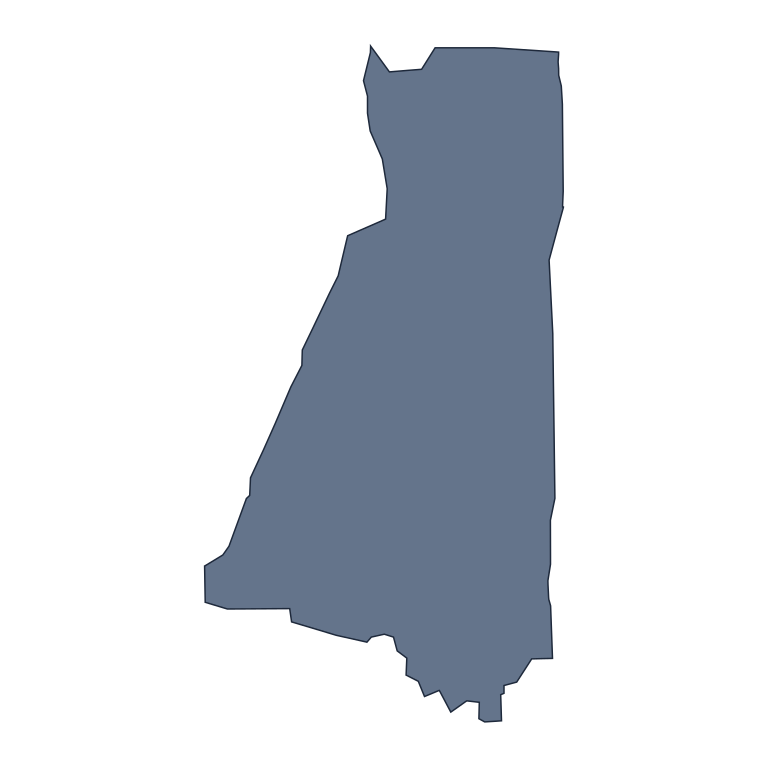 Baherden, Ahal, Turkmenistan (Natural Earth projection)
{"feature_id": "10190150B40000077655635", "entity_name": "Baherden", "entity_type": "district", "adm_level": 2, "iso_a3": "TKM", "parent_name": "Turkmenistan", "parent_adm1": "Ahal", "projection": "natural_earth1", "projection_center": [57.355, 39.019], "detail": "fine", "context": "isolated", "style": "filled", "palette": "slate", "viewbox_px": 768, "rotation_deg": 0, "n_neighbors": 0, "source": "geoboundaries", "source_scale": "gbopen_adm2", "svg_char_len": 1549}
<svg xmlns="http://www.w3.org/2000/svg" viewBox="0 0 768 768"><path d="M370.6,46.1L370.6,46.4L370.4,52.6L365.4,72.9L363.5,80.7L367.5,96.1L367.5,98.0L367.5,100.8L367.5,113.2L370.2,131.0L380.4,154.5L381.1,156.2L382.3,158.9L387.2,188.7L386.2,207.7L385.6,219.1L347.7,235.7L347.3,237.2L340.2,267.2L338.2,275.8L338.0,276.2L329.4,293.4L313.2,327.4L302.3,350.0L302.1,357.1L301.9,365.4L290.9,386.8L275.3,423.3L263.5,449.8L251.4,475.9L250.5,477.8L250.1,486.9L249.7,495.4L247.6,497.4L246.4,498.5L229.0,546.2L224.1,553.2L222.8,555.0L204.9,565.9L204.6,566.0L204.8,577.7L205.2,601.7L205.2,602.3L227.4,609.0L289.7,608.6L291.6,621.9L336.3,635.3L366.7,642.1L366.9,642.2L371.3,637.1L384.3,634.2L393.5,637.1L397.2,650.9L406.8,658.1L406.1,675.1L418.3,681.3L424.5,696.5L431.1,693.8L439.2,690.4L439.3,690.4L440.5,692.6L450.8,712.1L465.5,701.7L466.7,700.9L467.1,700.9L479.3,702.3L478.9,718.7L484.5,721.8L484.8,721.9L496.0,721.2L501.5,720.8L500.7,694.7L504.0,693.3L504.0,686.0L504.0,685.5L516.7,682.1L531.3,659.5L531.7,658.9L542.8,658.6L552.5,658.4L550.6,605.8L549.3,601.2L548.8,599.5L548.6,597.3L548.0,584.6L547.9,580.7L550.5,564.3L550.5,555.7L550.4,520.3L550.7,518.8L554.9,498.4L554.2,443.6L552.8,335.7L552.8,334.0L549.1,260.1L552.4,247.8L557.2,230.0L563.4,207.3L563.4,207.0L562.6,207.0L562.6,205.2L563.2,191.3L562.4,105.2L562.4,104.4L561.3,86.2L561.2,85.6L558.7,75.3L558.6,68.5L558.1,61.9L558.6,54.2L558.6,52.1L553.1,51.7L494.2,47.8L475.3,47.8L435.1,47.8L421.6,69.3L407.5,70.4L389.4,71.9L375.3,52.5L370.6,46.1Z" fill="#64748b" stroke="#1e293b" stroke-width="1.5"/></svg>